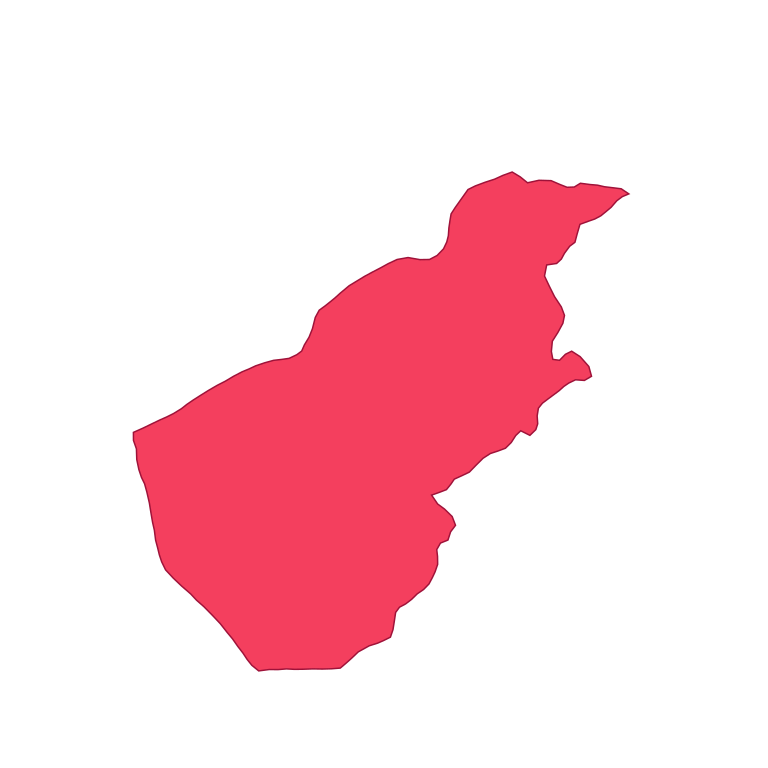 outline of Campo do Meio, Minas Gerais, Brazil, rotated 309°
{"feature_id": "56859067B61456712529235", "entity_name": "Campo do Meio", "entity_type": "district", "adm_level": 2, "iso_a3": "BRA", "parent_name": "Brazil", "parent_adm1": "Minas Gerais", "projection": "natural_earth1", "projection_center": [-45.831, -21.107], "detail": "fine", "context": "isolated", "style": "filled", "palette": "rose", "viewbox_px": 768, "rotation_deg": 309, "n_neighbors": 0, "source": "geoboundaries", "source_scale": "gbopen_adm2", "svg_char_len": 2532}
<svg xmlns="http://www.w3.org/2000/svg" viewBox="0 0 768 768"><g transform="rotate(309 384 384)"><path d="M135.7,528.8L143.1,530.2L150.5,531.4L159.7,532.6L171.3,537.3L178.7,542.2L184.3,545.1L191.3,548.3L198.7,545.6L206.5,541.1L213.8,536.8L220.3,536.5L226.7,539.2L234.1,541.0L241.9,541.9L249.3,544.1L256.9,544.8L264.1,543.4L270.2,541.9L277.6,539.2L283.7,534.1L288.5,529.2L295.9,528.0L303.0,531.9L311.0,528.8L319.2,528.5L323.9,520.4L324.9,509.7L324.5,501.2L327.6,490.9L334.6,495.2L341.2,499.0L348.4,499.0L354.3,498.5L361.5,502.1L369.3,505.8L378.4,506.6L388.6,507.7L396.9,510.4L403.4,514.6L410.5,518.8L418.6,519.7L426.9,518.8L433.7,519.7L435.9,529.7L444.1,530.7L449.8,528.5L455.6,523.1L462.4,519.2L468.8,519.2L474.9,520.7L482.3,522.6L489.0,524.3L495.3,525.3L501.0,527.0L507.8,530.2L512.9,537.5L520.6,540.4L526.5,532.2L528.7,519.2L527.6,509.2L521.3,506.3L512.9,505.5L509.4,499.7L514.6,493.6L523.2,487.9L533.5,486.7L543.8,484.8L550.9,481.1L555.5,473.3L559.2,461.6L564.1,450.8L568.9,440.8L578.9,435.5L586.3,442.3L592.7,443.2L599.1,442.0L607.9,441.6L614.3,443.2L622.1,439.7L631.4,435.8L639.1,440.4L644.9,444.0L651.3,446.7L658.1,448.1L664.2,449.3L672.9,449.6L679.6,451.3L685.8,454.6L685.0,445.5L680.7,438.6L676.1,431.3L672.9,424.8L668.7,418.6L663.6,410.3L656.8,407.9L652.1,402.5L649.8,395.2L647.2,385.9L639.8,376.2L630.7,368.9L630.7,359.5L629.4,350.2L621.1,345.2L612.7,341.0L604.4,335.6L595.4,330.3L588.0,326.9L575.1,327.7L565.8,328.3L558.4,329.1L552.9,332.2L546.3,336.1L539.7,340.7L533.9,343.4L526.5,345.2L517.3,344.4L509.4,341.0L503.3,333.7L497.4,323.1L489.0,315.8L480.1,311.5L472.7,308.5L463.3,304.4L455.6,301.2L447.2,298.2L438.6,295.1L427.5,292.9L419.9,291.7L414.1,290.5L407.3,289.0L400.6,287.2L392.5,288.7L381.9,293.6L373.2,296.3L364.4,297.5L357.8,299.3L351.9,297.8L344.2,294.1L338.7,289.0L332.9,283.3L325.5,278.0L317.5,272.9L310.5,269.5L304.3,266.1L295.3,262.2L286.3,258.9L278.2,255.3L268.5,251.6L259.5,248.5L251.4,245.8L244.0,243.6L237.3,242.1L228.3,238.9L221.5,235.8L215.1,232.5L207.7,229.0L198.1,224.5L188.7,219.7L182.5,224.8L177.8,232.4L169.7,239.4L163.2,247.4L158.8,254.3L155.8,260.7L150.8,267.7L143.9,276.5L136.2,285.1L130.7,291.4L125.9,297.5L118.9,304.8L114.0,311.5L109.8,317.0L105.9,323.1L102.1,331.2L100.5,342.6L99.6,354.1L99.2,365.9L98.0,374.4L97.6,384.2L96.2,396.6L94.7,407.6L92.2,418.6L90.6,426.7L88.0,435.8L86.1,443.8L83.8,451.1L82.2,458.4L82.2,467.2L89.9,474.5L95.4,481.4L101.2,487.5L105.9,494.0L111.4,500.6L118.0,508.2L123.7,515.5L129.8,522.6L135.7,528.8Z" fill="#f43f5e" stroke="#9f1239" stroke-width="1.5"/></g></svg>